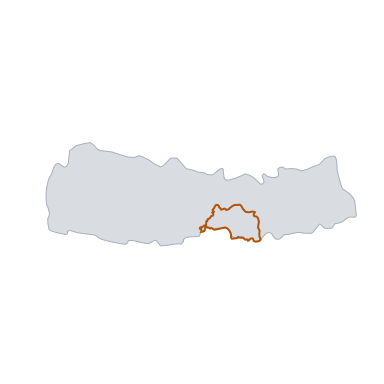 Narayani on a map of Nepal (Natural Earth projection), rotated 337°
{"feature_id": "NPL-1132", "entity_name": "Narayani", "entity_type": "Administrative Zone", "adm_level": 1, "iso_a3": "NPL", "parent_name": "Nepal", "parent_adm1": "", "projection": "natural_earth1", "projection_center": [84.782, 27.311], "detail": "medium", "context": "in_parent", "style": "outline", "palette": "amber", "viewbox_px": 384, "rotation_deg": 337, "n_neighbors": 0, "source": "natural_earth", "source_scale": "10m", "svg_char_len": 4411}
<svg xmlns="http://www.w3.org/2000/svg" viewBox="0 0 384 384"><g transform="rotate(337 192 192)"><path d="M336.0,214.0L337.5,215.2L337.6,217.1L337.4,219.3L335.9,223.9L334.6,227.2L333.1,234.1L331.7,246.1L332.0,248.2L336.4,255.1L338.1,260.4L338.2,264.0L336.5,270.0L334.5,276.8L333.5,278.4L332.3,278.9L327.0,276.5L323.4,276.9L319.2,278.2L314.9,277.9L311.3,277.1L306.7,279.9L302.3,278.4L299.5,276.7L297.6,272.0L296.8,271.4L287.7,276.3L285.5,276.6L279.7,274.0L275.0,271.3L273.3,270.5L268.8,269.5L264.7,268.9L260.3,267.3L254.8,269.4L252.6,269.2L250.5,267.7L249.4,264.5L249.1,261.5L247.3,259.4L244.4,259.0L240.3,260.8L234.4,263.3L232.5,262.9L230.8,262.2L230.1,261.5L229.3,258.7L228.4,258.0L227.0,257.9L224.5,257.3L221.5,255.2L212.4,250.2L211.3,248.0L211.3,243.1L210.8,241.1L209.7,238.9L205.1,236.8L196.0,233.3L191.0,230.5L188.6,231.8L184.0,233.0L181.5,235.5L178.5,234.7L171.5,232.1L167.7,231.7L165.4,232.6L164.9,234.1L162.0,235.8L159.3,234.4L153.9,232.6L149.1,231.6L141.9,229.3L141.1,225.9L140.0,222.6L138.2,222.0L131.8,222.6L125.9,218.9L119.6,214.2L116.9,212.7L115.1,212.1L113.6,212.7L111.8,213.8L110.2,214.1L106.8,212.1L102.4,209.2L97.1,205.6L90.8,200.6L88.2,197.8L87.1,195.7L85.7,193.7L80.3,190.4L76.0,187.9L70.8,184.8L69.9,184.1L67.9,182.3L64.9,180.0L62.4,179.3L61.6,180.6L61.0,181.9L58.8,181.6L55.5,179.2L52.0,176.8L49.2,174.5L46.4,172.1L45.8,170.3L47.0,164.9L48.7,160.3L50.1,159.3L52.4,156.2L53.3,150.8L53.3,146.2L55.6,139.7L58.8,132.8L64.1,125.4L66.4,123.0L69.0,121.3L73.9,115.8L74.9,114.9L77.1,113.5L79.2,113.2L80.8,113.9L82.4,116.7L84.3,119.4L86.7,119.3L89.5,117.0L95.4,106.3L103.5,104.1L111.1,105.2L117.8,106.8L119.8,110.3L121.1,114.1L121.9,116.0L124.1,118.2L133.6,123.6L139.1,128.4L146.7,134.8L152.5,137.7L157.5,137.9L160.4,140.5L164.7,145.5L168.3,151.3L172.9,156.7L176.0,156.5L180.3,154.7L185.5,152.5L188.6,153.6L191.5,155.1L192.4,157.9L194.1,163.1L196.0,168.5L199.0,170.4L202.6,173.2L204.5,175.5L211.2,179.5L212.1,181.2L213.5,182.3L215.1,183.0L216.5,183.9L218.6,184.2L226.3,181.7L228.3,182.0L229.5,182.5L229.5,183.4L228.2,187.2L227.0,192.1L228.2,194.5L231.4,195.6L238.6,196.3L248.2,196.2L251.2,198.7L254.1,202.4L257.0,208.8L258.2,211.5L259.7,212.2L262.2,211.2L262.6,208.6L262.7,204.7L264.8,203.3L266.1,204.3L267.7,207.4L271.7,210.1L274.6,211.4L277.4,211.0L278.5,209.9L279.8,204.6L282.0,203.8L284.7,204.2L285.8,205.2L286.9,207.4L290.2,208.4L293.5,209.7L296.7,211.4L301.1,215.4L306.5,216.1L312.7,216.0L316.0,216.1L318.4,216.4L320.6,216.1L327.0,213.3L329.6,213.1L332.9,213.4L336.0,214.0Z" fill="#d9dde1" stroke="#a8b0b8" stroke-width="1"/><path d="M236.7,262.4L236.0,263.0L234.8,263.4L234.2,263.4L230.9,262.5L229.8,261.3L229.7,258.5L228.3,257.8L227.4,257.9L225.4,258.8L224.5,258.7L224.5,257.4L223.9,257.1L222.9,256.9L222.1,256.4L221.6,254.7L221.1,253.9L220.3,253.4L218.5,252.7L217.6,252.2L217.2,251.5L216.7,251.4L216.1,251.6L215.6,252.0L215.2,252.0L210.8,250.7L210.3,250.4L210.1,249.4L210.5,248.4L211.3,246.5L211.5,244.8L211.4,243.1L211.1,241.5L210.5,239.9L209.6,238.4L208.5,237.6L198.1,235.6L197.4,235.0L196.7,234.0L196.3,233.2L195.8,232.7L194.7,232.9L194.4,232.8L194.0,231.8L193.7,231.4L192.4,230.7L192.1,230.4L191.9,229.6L191.3,229.4L190.6,229.7L188.7,232.2L188.0,232.7L186.8,232.8L184.9,232.3L185.5,231.8L185.6,231.3L185.6,230.4L186.2,229.3L186.1,229.1L185.4,229.1L185.0,229.0L185.0,228.6L185.5,227.9L185.8,227.9L188.6,228.2L189.5,228.1L190.2,227.6L191.4,228.5L191.9,228.0L193.3,225.4L194.2,224.3L194.8,224.6L195.2,224.2L195.9,223.2L196.3,223.0L197.7,223.2L198.7,222.8L199.7,222.0L200.6,221.6L201.6,222.0L202.6,221.3L202.9,220.8L203.1,220.2L202.6,218.9L203.1,218.7L204.4,218.8L204.5,218.7L203.8,217.4L203.9,216.7L204.2,216.4L205.8,215.6L208.5,213.5L209.1,213.4L209.8,213.5L210.5,214.0L211.3,215.2L211.0,216.3L211.0,216.8L211.9,218.3L212.0,218.9L211.8,219.2L211.8,219.4L212.0,219.6L212.6,219.8L215.3,219.9L215.6,220.1L216.1,220.6L216.5,222.0L219.2,222.2L219.8,222.0L220.6,221.5L222.1,221.2L223.1,220.8L226.0,220.6L227.1,220.9L229.0,221.8L231.1,222.4L231.5,222.9L232.0,224.6L232.3,227.8L232.9,228.8L233.3,230.6L233.6,231.0L234.1,231.5L236.4,232.9L239.1,233.4L240.2,233.8L241.1,234.3L242.0,235.2L240.3,236.5L239.8,237.2L239.7,237.9L240.0,238.6L241.5,239.6L242.1,240.4L242.3,241.0L242.5,242.5L242.2,243.6L242.1,244.7L241.9,245.7L239.6,249.2L238.9,250.7L238.9,251.2L239.1,253.1L239.1,253.9L238.7,254.9L237.6,256.8L237.0,258.4L236.7,259.8L236.7,262.4Z" fill="none" stroke="#b45309" stroke-width="2"/></g></svg>